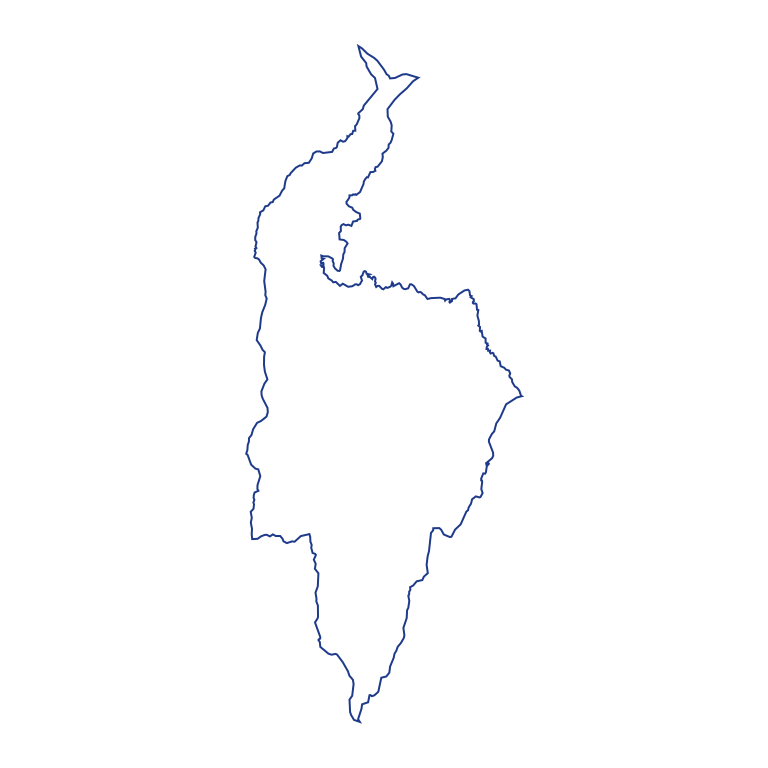 the district of La Cumbre, Valle del Cauca, Colombia
{"feature_id": "7082276B32711967571175", "entity_name": "La Cumbre", "entity_type": "district", "adm_level": 2, "iso_a3": "COL", "parent_name": "Colombia", "parent_adm1": "Valle del Cauca", "projection": "robinson", "projection_center": [-76.586, 3.705], "detail": "fine", "context": "isolated", "style": "outline", "palette": "blue", "viewbox_px": 768, "rotation_deg": 0, "n_neighbors": 0, "source": "geoboundaries", "source_scale": "gbopen_adm2", "svg_char_len": 6091}
<svg xmlns="http://www.w3.org/2000/svg" viewBox="0 0 768 768"><path d="M358.4,46.1L361.1,56.6L366.2,63.1L366.6,66.5L371.1,74.3L375.0,78.0L377.5,89.0L363.8,105.6L362.8,109.1L358.3,113.3L358.2,114.0L359.3,115.3L359.4,118.2L356.7,124.4L355.1,126.1L355.3,130.7L353.2,130.8L352.2,134.0L350.5,134.2L348.6,136.7L347.4,136.2L347.3,138.3L345.1,141.2L343.1,141.7L340.5,140.3L337.7,142.8L336.9,147.0L336.1,147.9L333.8,148.6L332.1,151.9L323.0,153.0L319.8,151.4L316.4,151.5L313.2,153.5L311.7,158.4L308.8,162.8L304.5,163.2L301.8,165.6L299.8,165.4L295.8,167.7L290.6,173.2L289.8,174.9L287.3,176.2L285.4,181.1L284.2,188.4L282.2,190.5L279.5,195.7L273.9,199.5L272.7,202.1L270.5,202.5L268.1,205.7L265.3,206.3L263.3,210.4L260.0,212.3L260.2,214.2L258.5,218.0L258.3,221.1L257.5,222.5L257.8,227.7L256.3,231.3L256.5,233.5L255.3,236.7L255.2,240.0L256.5,242.2L255.5,246.4L256.4,248.0L255.0,248.7L255.4,249.6L254.7,250.8L255.7,252.7L254.2,256.9L255.2,258.0L257.6,258.4L259.0,259.5L260.8,262.7L263.7,265.5L265.6,269.3L264.2,281.1L265.6,291.7L265.3,295.2L266.7,298.5L265.2,304.9L262.3,312.2L261.0,317.7L259.9,328.6L257.8,333.0L256.7,340.1L260.5,345.6L262.6,349.9L264.9,352.2L264.1,356.9L264.0,365.0L264.9,371.7L267.4,379.4L264.4,383.7L261.4,391.4L261.6,395.2L262.7,398.6L267.5,407.9L267.8,412.2L266.5,416.6L261.0,421.0L257.1,422.8L253.1,429.3L251.5,435.0L249.0,438.1L248.9,441.6L247.7,445.1L247.4,449.9L246.2,453.8L247.6,454.9L251.2,464.7L255.4,468.6L258.3,469.4L260.3,476.2L257.5,485.1L257.4,489.0L258.4,490.8L254.6,492.5L253.8,495.1L253.6,498.0L254.4,499.8L253.4,502.4L254.0,504.3L253.5,508.8L250.7,511.8L251.8,517.8L250.8,522.7L252.0,528.8L251.7,534.3L252.2,539.1L257.6,538.8L261.1,536.3L264.8,534.9L266.7,534.8L269.9,536.4L272.9,534.4L275.7,536.0L280.2,536.0L282.5,538.7L283.5,541.3L286.8,543.1L292.1,541.4L294.6,541.7L300.8,536.1L309.4,534.1L310.2,536.9L310.4,541.6L311.7,545.0L311.2,547.6L312.6,553.0L315.2,553.9L315.9,555.0L313.8,559.7L315.7,563.8L314.9,568.8L318.4,573.3L317.8,586.3L315.5,592.7L316.5,598.7L316.3,601.3L317.9,605.6L318.0,616.8L317.6,618.4L315.0,622.4L320.2,636.8L320.2,638.6L318.6,639.5L318.5,640.2L319.8,642.0L320.3,646.9L328.5,653.7L331.5,654.7L335.6,653.9L337.1,654.6L342.9,662.4L348.0,671.4L349.4,675.7L352.9,679.8L353.6,684.0L352.2,695.8L349.5,699.6L350.1,712.0L351.1,715.0L354.0,719.9L359.8,721.9L358.1,719.1L361.5,708.7L362.1,704.3L368.1,702.3L369.5,695.2L370.6,695.1L371.9,696.2L374.4,695.3L378.3,691.8L381.3,677.7L386.3,676.5L389.3,672.7L390.1,666.5L393.7,657.8L394.5,653.7L396.3,650.8L397.7,646.8L400.9,643.0L403.8,638.0L404.4,635.4L403.4,627.9L406.7,618.1L407.1,610.2L408.3,607.8L409.3,600.9L408.3,595.7L409.1,594.6L409.2,591.6L410.3,590.0L410.1,587.2L413.2,585.5L416.7,581.3L422.3,580.1L423.9,576.6L427.8,573.1L426.6,564.8L427.7,556.0L429.0,551.1L431.0,532.9L433.1,530.4L433.3,528.2L439.4,528.1L441.2,529.8L443.8,534.5L449.7,537.0L451.4,536.8L455.1,529.6L460.7,524.3L466.4,511.5L468.0,510.3L468.7,507.4L471.0,503.7L472.1,499.3L475.8,496.4L479.4,497.4L480.4,497.1L482.6,493.2L481.3,489.0L482.2,482.0L482.0,480.6L481.2,480.4L481.2,478.6L483.3,473.4L485.0,473.7L485.9,472.4L486.8,466.2L488.9,463.8L488.5,463.2L486.4,464.5L486.1,463.2L492.1,458.2L493.2,455.8L493.1,452.7L488.9,441.7L489.0,439.4L491.9,433.9L494.2,431.4L496.3,423.4L500.1,417.8L506.1,404.3L516.8,397.5L521.8,396.2L521.0,395.7L519.3,390.6L517.2,387.9L514.7,386.3L512.2,382.0L511.9,379.2L509.6,377.0L509.3,375.8L510.2,373.3L508.9,370.5L506.0,369.7L504.2,367.7L500.7,366.2L499.7,361.4L497.6,360.6L495.8,356.7L494.1,355.8L493.4,353.3L492.7,352.8L490.6,353.5L489.9,352.4L490.1,350.6L488.2,350.8L487.9,348.9L486.5,349.0L486.8,346.9L488.1,345.3L487.0,344.6L487.5,343.5L485.6,342.7L485.6,338.5L482.6,336.6L481.7,330.9L480.5,331.5L479.8,330.9L480.0,326.9L478.3,325.6L479.0,324.6L478.9,321.1L477.4,315.6L478.3,310.0L477.0,309.7L476.5,304.2L475.7,303.5L473.5,303.6L472.9,303.0L472.9,302.0L473.9,301.1L473.7,299.1L470.7,297.3L471.6,296.1L470.1,295.5L469.4,291.1L468.0,289.7L464.4,290.5L458.3,294.5L455.5,298.3L451.9,299.0L452.0,301.1L449.9,302.6L449.4,302.0L450.1,300.8L449.2,298.9L446.2,299.4L445.1,300.6L444.6,299.0L440.4,297.7L431.2,298.1L427.5,299.0L424.9,295.3L423.1,294.4L421.2,292.4L420.0,291.9L418.6,292.4L417.4,291.7L413.9,286.0L411.4,284.3L410.0,284.3L408.2,288.3L405.3,289.2L403.6,288.8L402.1,287.6L400.5,284.4L399.1,283.2L393.4,286.2L393.1,283.7L392.2,282.4L391.3,285.6L390.3,286.7L387.4,287.9L385.9,287.1L383.3,289.3L382.1,288.9L379.2,285.9L377.7,285.9L376.2,287.0L375.0,284.3L375.8,282.8L375.0,281.3L375.6,278.8L375.1,277.6L374.0,276.7L373.1,277.0L372.3,279.1L369.8,276.9L368.2,276.9L367.7,275.4L369.7,274.5L366.6,273.7L366.0,271.8L365.0,271.1L363.7,271.6L362.4,275.3L360.8,276.8L362.0,280.5L360.0,284.1L358.1,285.2L356.8,284.3L355.3,284.3L352.4,286.2L348.2,286.8L342.8,283.7L340.0,285.9L335.8,281.9L333.2,282.3L331.6,280.4L328.3,278.4L327.2,275.7L323.7,273.0L324.1,267.7L323.8,267.1L321.9,266.9L320.9,265.4L323.5,265.3L323.5,263.6L323.3,262.9L321.1,263.2L320.6,261.3L323.7,258.8L321.7,258.4L321.3,255.6L323.5,256.3L328.1,256.3L332.2,258.4L333.0,259.3L332.6,261.0L333.7,263.2L333.5,265.8L334.9,268.3L337.5,270.7L339.4,271.0L340.1,270.1L341.1,264.2L343.0,258.5L343.3,254.3L344.5,252.2L344.7,248.1L347.6,243.5L346.3,241.7L343.8,240.0L339.6,239.4L339.1,233.0L340.9,231.0L340.7,226.8L341.5,225.3L343.4,224.1L346.0,225.3L348.4,224.7L351.4,225.9L353.1,221.5L357.0,220.9L357.6,219.7L360.1,218.9L360.3,218.2L359.8,213.6L356.1,212.0L353.2,209.8L352.3,207.7L348.9,206.3L346.6,203.7L346.4,202.0L349.4,197.7L349.5,195.4L352.1,195.3L353.1,194.4L354.2,194.8L355.2,194.2L356.2,194.9L360.0,192.1L363.5,184.1L363.9,181.4L365.4,178.9L366.8,177.2L368.0,177.4L370.4,172.1L373.0,172.0L375.4,170.8L374.9,168.8L375.6,167.1L377.6,166.7L381.9,161.3L382.8,157.2L382.5,153.6L386.3,150.7L388.5,147.9L388.7,144.5L390.6,142.6L391.7,140.0L393.4,133.8L391.3,131.5L391.7,125.3L390.6,121.6L387.8,116.7L387.5,109.2L394.6,99.8L399.6,94.6L406.8,88.3L413.1,81.2L418.3,77.7L406.3,74.1L402.5,74.5L394.9,78.0L390.0,78.4L388.9,75.9L386.5,74.1L384.1,69.8L377.4,60.8L374.3,58.0L367.4,53.7L362.0,48.4L358.4,46.1Z" fill="none" stroke="#1e3a8a" stroke-width="2"/></svg>